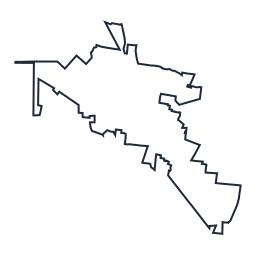 the district of Maxcanú, Yucatán, Mexico
{"feature_id": "50627088B53037445853541", "entity_name": "Maxcanú", "entity_type": "district", "adm_level": 2, "iso_a3": "MEX", "parent_name": "Mexico", "parent_adm1": "Yucatán", "projection": "albers", "projection_center": [-90.068, 20.597], "detail": "fine", "context": "isolated", "style": "outline", "palette": "slate", "viewbox_px": 256, "rotation_deg": 0, "n_neighbors": 0, "source": "geoboundaries", "source_scale": "gbopen_adm2", "svg_char_len": 5014}
<svg xmlns="http://www.w3.org/2000/svg" viewBox="0 0 256 256"><path d="M15.4,62.8L33.9,62.9L33.4,115.4L34.9,115.4L39.6,115.1L40.5,111.8L41.6,106.0L38.1,105.2L38.5,78.9L39.9,79.7L41.9,80.9L54.1,88.2L53.0,89.9L57.4,94.4L59.2,91.7L78.6,105.0L78.7,112.8L79.8,112.8L82.6,113.0L82.6,115.1L82.6,117.1L89.6,117.8L89.6,117.4L89.5,116.8L89.5,116.1L91.4,115.9L92.6,115.8L94.6,115.7L94.6,116.3L94.6,116.8L94.6,118.3L94.6,119.8L94.6,120.9L94.5,122.3L93.7,122.3L92.5,122.3L91.0,122.3L89.9,122.3L89.9,123.3L90.1,124.1L90.3,125.6L90.5,126.9L90.8,127.8L91.0,128.4L91.2,129.1L91.4,129.7L91.8,130.8L93.1,131.3L94.8,131.9L102.1,134.6L102.3,134.7L102.5,134.9L102.8,135.2L102.7,134.6L103.4,133.9L103.6,133.7L103.7,133.4L103.9,133.2L104.3,132.7L104.6,132.6L105.5,131.8L106.0,131.2L106.4,131.0L106.7,130.7L107.4,130.2L108.2,130.6L108.7,130.8L109.1,131.0L109.4,131.1L110.2,131.4L110.7,131.6L110.8,131.6L111.2,131.7L111.9,131.7L112.6,131.8L113.0,131.8L113.4,131.8L113.7,132.5L113.9,132.8L114.5,134.0L115.1,134.7L115.2,134.9L115.3,134.1L115.4,133.0L115.6,131.4L115.9,129.5L117.7,129.7L119.0,129.9L120.2,130.0L121.5,130.1L121.3,132.5L121.2,132.9L121.6,132.9L123.3,133.0L123.6,133.1L124.8,133.5L125.7,133.8L125.7,135.2L125.6,136.2L125.6,138.2L125.4,139.0L125.4,139.8L125.1,141.6L125.1,142.2L125.0,142.3L124.9,142.9L124.8,143.7L124.8,144.1L125.6,144.2L125.8,144.2L126.0,144.2L127.0,144.3L127.7,144.3L128.3,144.3L128.5,144.3L128.8,144.3L129.0,144.3L129.3,144.3L129.6,144.2L130.0,144.2L130.5,144.3L130.8,144.4L131.0,144.4L131.4,144.5L132.1,144.6L132.4,144.6L133.0,144.7L133.9,144.8L134.3,144.8L134.7,144.8L134.8,144.8L135.1,144.9L141.2,145.6L147.9,146.2L147.4,147.4L147.2,147.8L143.7,158.5L143.3,159.5L142.3,162.7L142.4,162.8L149.1,163.6L150.2,163.8L150.6,165.2L150.8,166.3L151.3,167.4L151.9,167.8L152.5,168.1L153.7,169.2L154.6,170.0L155.5,160.7L155.6,159.3L155.7,158.5L156.2,154.3L160.9,155.3L160.6,157.1L160.8,157.1L160.7,158.1L164.1,158.6L164.0,159.8L164.6,160.0L164.5,160.7L164.5,161.0L166.2,161.1L166.7,160.7L168.9,161.8L167.9,163.9L171.2,165.3L170.4,167.5L170.4,167.8L170.7,169.9L170.1,170.5L170.0,170.8L169.3,170.7L168.9,170.6L168.5,173.0L168.1,175.5L168.3,175.7L182.8,194.3L189.6,203.0L191.0,204.7L198.7,214.6L206.7,224.9L209.4,228.3L209.6,226.0L216.1,225.5L213.0,232.8L222.3,233.8L222.6,222.1L223.8,222.4L227.0,222.5L228.2,222.5L228.3,222.7L228.7,222.4L228.8,222.0L229.0,222.0L230.5,220.5L237.5,204.0L237.5,203.7L238.0,201.8L238.8,198.8L239.2,195.8L239.6,192.7L240.1,189.6L240.6,185.8L240.6,185.4L215.8,183.1L216.0,181.2L216.3,179.1L216.3,178.6L216.5,177.1L216.7,175.6L216.9,174.5L217.1,173.3L215.5,173.2L213.8,173.1L212.3,173.0L210.8,172.9L209.3,172.8L208.2,172.8L206.8,172.6L206.0,172.5L205.5,172.5L205.7,169.7L206.4,164.6L201.9,163.8L202.8,161.6L199.1,161.3L198.0,161.2L197.2,161.1L196.3,161.1L195.4,160.9L194.1,160.8L191.2,160.4L194.2,155.2L194.8,154.2L195.2,153.5L199.8,145.0L198.6,144.6L185.2,139.4L185.5,136.2L185.7,134.9L185.9,133.5L185.5,133.4L185.3,133.4L185.3,133.2L184.8,133.1L184.9,132.9L185.0,132.3L185.3,132.4L185.3,131.9L185.5,131.9L185.5,131.5L186.1,131.6L186.2,130.8L186.5,127.9L182.2,127.9L183.7,124.4L182.5,123.4L182.2,123.1L178.7,120.2L178.2,120.0L178.4,118.3L180.0,115.8L180.2,112.5L178.9,112.3L178.8,112.6L174.2,111.7L174.2,111.4L172.8,111.3L171.7,111.0L172.0,109.7L169.3,109.2L169.4,108.6L170.0,105.8L167.9,105.5L168.1,104.3L162.4,103.3L159.4,102.8L160.0,97.5L160.1,96.9L161.0,93.8L175.8,96.4L175.4,100.6L179.2,104.8L199.9,98.9L201.3,87.3L199.7,87.0L199.4,87.1L198.5,87.1L198.4,87.2L198.2,87.3L195.9,87.2L193.0,86.3L191.6,86.2L191.2,87.6L190.8,87.4L188.8,87.2L187.2,86.5L187.9,84.9L189.7,85.7L192.5,79.4L194.6,74.5L192.2,74.0L188.4,73.7L185.4,73.2L182.2,72.6L181.9,75.2L178.7,72.9L177.9,72.6L176.1,71.7L175.7,71.3L174.4,70.8L173.3,70.8L172.6,70.6L171.4,70.1L169.8,69.1L168.1,69.1L166.8,69.4L162.6,68.5L162.3,67.8L161.4,67.6L160.4,66.8L157.8,66.1L155.6,65.8L152.8,65.5L151.0,65.5L138.0,63.6L137.6,61.7L136.7,58.3L135.6,51.0L135.9,48.0L136.4,45.2L135.4,45.3L132.3,45.1L127.8,44.6L126.9,53.6L124.8,53.4L123.5,49.1L125.0,43.3L124.6,38.2L123.2,31.4L121.6,24.2L120.7,24.5L120.5,24.4L120.0,24.8L118.5,24.3L111.8,23.2L110.7,24.3L105.2,22.2L119.7,49.7L119.3,49.6L118.3,49.5L117.8,49.4L117.4,49.3L116.3,49.2L114.8,49.0L113.3,48.7L112.3,48.6L111.5,48.5L111.3,48.4L110.7,48.3L110.4,48.3L109.7,48.2L109.1,48.1L108.0,47.9L107.8,47.8L106.7,47.7L105.3,47.4L104.7,47.3L104.1,47.2L102.0,46.8L101.7,46.8L101.3,46.6L100.8,46.5L100.1,46.3L99.2,45.9L98.2,45.6L96.8,45.0L96.5,44.9L96.4,45.0L96.4,45.6L96.4,46.0L96.3,46.6L96.3,47.1L96.2,47.2L96.1,47.3L95.6,47.4L95.2,47.4L94.8,47.4L94.5,47.5L94.2,47.6L93.9,47.8L93.7,48.1L93.5,48.4L93.4,48.7L93.2,49.3L93.0,49.8L92.7,50.4L92.6,50.6L92.2,51.2L92.0,51.6L91.7,51.9L91.4,52.2L91.0,52.5L90.8,52.7L91.0,53.3L91.4,54.9L91.4,55.0L91.5,55.3L91.6,55.5L91.6,56.1L91.6,57.0L91.6,57.6L91.6,57.9L91.1,58.4L90.3,59.3L86.1,64.0L84.4,62.5L76.5,55.6L64.9,68.6L58.2,62.3L57.4,61.8L57.1,61.5L35.0,61.5L33.9,61.5L29.7,61.6L23.4,61.8L15.4,61.9L15.4,62.8Z" fill="none" stroke="#1e293b" stroke-width="2"/></svg>